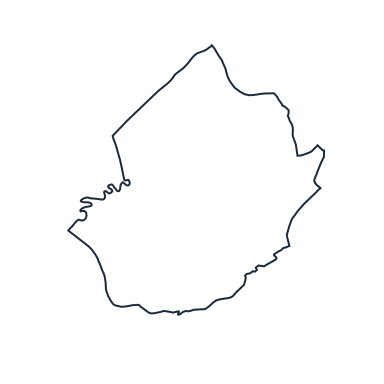 Kushar, Hajjah, Yemen, rotated 233°
{"feature_id": "15242507B36240154715338", "entity_name": "Kushar", "entity_type": "district", "adm_level": 2, "iso_a3": "YEM", "parent_name": "Yemen", "parent_adm1": "Hajjah", "projection": "equal_earth", "projection_center": [43.47, 16.172], "detail": "fine", "context": "isolated", "style": "outline", "palette": "slate", "viewbox_px": 384, "rotation_deg": 233, "n_neighbors": 0, "source": "geoboundaries", "source_scale": "gbopen_adm2", "svg_char_len": 5447}
<svg xmlns="http://www.w3.org/2000/svg" viewBox="0 0 384 384"><g transform="rotate(233 192 192)"><path d="M297.2,296.1L296.9,294.8L297.0,292.0L297.0,289.4L297.6,286.5L298.3,284.1L299.1,281.6L299.7,278.9L299.6,276.1L299.2,273.5L298.5,270.9L297.9,268.6L297.7,268.1L297.1,265.5L296.6,262.6L296.2,259.9L296.1,256.7L296.1,253.6L296.1,251.0L295.8,248.2L294.9,245.9L294.2,243.5L293.7,240.8L293.4,237.9L293.3,235.2L293.2,232.5L293.1,229.6L293.1,226.9L288.0,183.4L284.6,162.4L281.3,161.1L279.1,160.5L277.1,159.9L275.0,159.3L273.0,158.5L271.3,157.9L269.3,157.0L267.3,156.3L263.8,154.9L261.8,154.2L256.4,151.8L252.1,149.8L250.1,148.8L247.8,147.8L247.1,147.4L244.0,145.9L243.7,145.8L242.5,145.3L242.0,145.3L241.6,145.4L241.0,146.3L240.4,147.6L239.7,148.5L238.7,148.5L237.2,148.0L235.9,146.9L235.6,146.1L235.6,145.3L235.9,144.5L236.9,143.7L238.7,143.3L240.0,142.9L240.9,142.9L241.4,142.5L241.4,141.7L241.2,140.7L241.1,140.3L240.5,139.2L239.6,138.2L238.6,137.3L237.5,136.2L237.0,135.2L236.7,134.3L236.9,133.7L237.7,133.0L238.5,132.9L239.5,132.9L240.2,133.0L240.3,132.9L242.3,132.6L244.3,132.9L245.9,132.7L246.4,132.3L247.0,131.2L247.1,130.8L247.3,130.0L247.3,129.2L247.0,128.5L247.0,128.4L246.6,128.1L245.9,128.1L244.9,128.1L244.2,128.6L243.6,128.7L242.8,129.1L242.2,129.1L241.6,129.2L240.9,129.1L240.5,128.6L240.4,127.8L240.2,126.7L240.3,125.7L240.8,125.0L241.9,124.5L243.9,123.9L244.7,123.5L245.1,122.8L245.1,122.3L244.9,121.9L244.4,121.5L242.1,120.6L240.5,119.6L239.7,118.7L239.4,117.7L239.6,116.5L239.9,115.8L240.7,115.0L242.7,113.0L245.0,110.6L246.6,108.8L247.7,107.5L248.8,106.5L249.8,106.0L250.5,105.2L251.4,103.8L251.9,102.2L252.2,100.6L252.2,98.9L252.0,98.2L251.6,97.7L251.2,97.8L250.4,98.2L249.4,99.0L248.9,99.5L247.3,101.5L246.4,102.6L245.6,103.4L245.3,103.7L244.2,104.3L243.3,104.5L242.7,104.5L242.3,104.2L242.2,104.1L242.0,103.9L241.8,103.5L241.8,103.0L242.0,102.1L242.5,101.0L243.4,99.3L244.2,97.5L244.9,95.4L244.9,94.9L245.0,94.1L245.0,93.3L244.7,92.6L244.5,91.8L244.3,91.5L244.0,91.5L243.5,91.5L243.3,92.0L242.9,92.8L242.8,93.1L242.2,93.9L241.6,94.6L240.8,94.9L240.1,95.0L239.4,95.0L238.9,94.8L238.5,94.7L236.4,93.3L235.5,92.3L234.8,91.0L234.7,90.0L234.7,89.0L234.7,88.8L234.9,87.8L235.4,87.0L236.1,86.2L236.9,85.8L237.6,85.4L237.9,85.0L238.2,84.3L238.2,84.2L238.2,83.2L238.2,81.6L236.9,76.7L236.0,71.1L235.7,70.0L219.5,74.4L210.5,76.8L206.5,77.3L203.5,77.3L203.0,77.3L201.1,77.2L200.7,77.2L197.6,76.9L194.9,76.4L193.1,75.7L192.6,75.6L190.2,75.2L187.7,74.4L185.6,73.8L185.3,73.7L182.8,73.0L180.4,72.5L177.6,71.6L175.1,70.4L172.6,69.0L172.3,68.9L170.3,67.6L168.1,66.1L165.9,64.6L163.5,63.7L161.8,63.2L160.9,62.9L159.5,62.4L158.4,62.3L157.0,62.2L156.0,61.9L154.4,61.7L153.5,61.7L152.6,61.6L152.0,61.6L151.0,61.6L149.3,61.7L148.7,62.0L147.0,62.9L146.5,63.4L146.0,63.9L145.5,64.2L144.7,65.0L144.4,65.2L143.9,65.6L142.6,66.7L142.0,67.7L141.2,69.1L140.6,70.1L139.7,71.6L138.5,74.1L137.2,76.7L135.6,79.3L133.8,81.6L131.5,81.9L126.7,83.4L124.5,84.0L122.0,84.8L119.8,86.1L118.2,88.3L116.8,91.2L115.6,93.7L114.6,96.0L114.6,96.3L114.1,97.7L112.1,99.8L110.1,101.7L107.1,104.3L105.3,108.5L104.6,109.6L103.9,109.3L103.3,107.7L102.6,107.2L101.9,107.7L101.5,109.2L101.7,112.2L100.8,115.3L98.8,117.4L98.1,118.9L96.9,122.6L90.7,131.8L90.5,133.1L90.4,136.1L90.4,137.0L90.7,139.4L91.0,142.6L90.9,145.3L90.9,145.7L90.0,148.6L88.7,151.3L87.3,153.8L86.0,156.2L84.6,159.1L84.3,162.2L84.7,164.2L84.9,165.0L85.5,168.2L85.5,168.9L85.8,171.3L86.2,174.5L86.5,177.5L88.9,180.9L91.7,183.7L93.2,183.9L93.7,186.2L92.1,189.4L92.1,192.9L90.5,194.4L90.7,197.0L93.2,197.4L93.3,200.6L93.3,200.8L93.1,201.0L90.8,203.4L89.2,204.9L89.0,208.1L88.6,211.2L88.1,214.5L87.8,217.9L87.9,219.1L88.8,219.9L91.3,219.6L92.1,219.4L92.6,219.8L92.8,220.7L92.5,225.2L91.9,228.1L92.3,231.2L91.3,233.5L90.3,237.3L99.0,241.0L100.9,242.0L101.5,242.9L102.5,244.3L104.4,246.8L106.1,249.0L107.6,251.4L109.4,253.9L110.7,256.8L111.4,259.4L111.5,259.9L112.4,262.6L113.4,266.1L114.0,269.4L114.8,273.0L115.3,276.0L115.6,279.1L116.0,282.2L116.4,285.4L116.7,288.4L117.1,291.4L117.7,294.5L117.7,296.9L118.3,296.9L118.6,296.9L119.2,296.7L119.5,296.6L119.9,296.5L120.4,296.4L121.2,296.1L121.6,296.0L121.9,296.0L122.4,295.8L122.7,295.8L123.0,295.8L123.4,295.8L123.8,295.8L124.1,295.7L124.4,295.7L124.7,295.7L125.0,295.7L125.3,295.7L125.5,295.9L126.0,295.9L126.3,296.0L126.7,296.0L126.9,296.2L127.2,296.3L127.5,296.6L127.8,296.8L128.0,297.0L128.5,297.6L128.7,297.9L128.9,298.2L129.1,298.5L129.3,298.8L129.5,299.2L129.7,299.5L130.0,299.9L130.2,300.4L130.4,300.9L130.6,301.2L133.1,305.0L138.0,313.2L139.3,315.8L140.7,318.6L140.9,318.7L141.2,318.9L141.5,319.2L142.0,319.6L142.4,319.9L142.7,320.1L143.0,320.4L143.5,320.8L143.9,321.1L144.4,321.5L144.7,321.8L145.0,322.1L145.5,322.3L145.9,322.4L146.6,321.5L153.7,320.4L153.4,318.8L152.5,312.0L152.8,309.7L154.5,304.1L155.5,301.2L157.0,298.8L157.4,298.3L157.5,298.1L167.2,303.4L172.5,305.1L173.2,305.3L176.4,306.3L178.6,308.0L180.6,309.8L182.7,311.1L185.0,312.2L187.3,312.7L189.7,312.8L192.1,313.6L194.4,314.2L194.9,314.1L196.6,316.4L199.1,318.4L202.3,318.0L204.7,317.3L206.4,316.2L208.7,316.7L211.1,316.7L213.9,316.7L216.5,317.3L221.4,316.9L226.1,310.6L229.6,305.0L230.0,303.9L230.4,303.2L232.3,299.8L234.7,296.1L235.4,295.5L237.7,293.5L238.2,293.0L243.2,290.7L249.4,288.9L252.6,288.8L254.4,288.8L258.8,289.1L261.9,289.7L263.7,290.2L270.8,293.1L274.0,293.8L279.4,295.1L280.1,295.2L285.5,295.4L293.1,296.3L297.2,296.1Z" fill="none" stroke="#1e293b" stroke-width="2"/></g></svg>